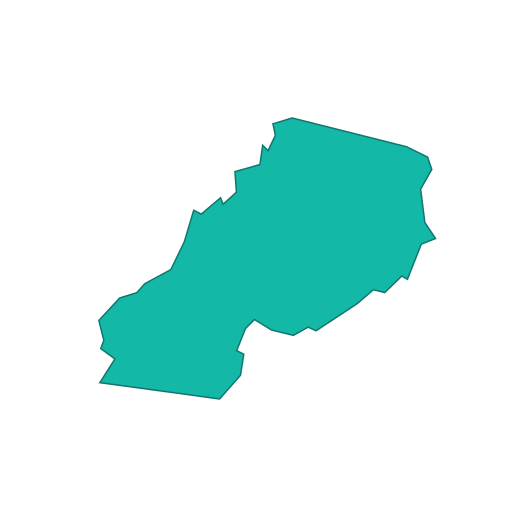 the district of Calhoun, West Virginia, United States of America, rotated 61°
{"feature_id": "52423323B5856421301049", "entity_name": "Calhoun", "entity_type": "district", "adm_level": 2, "iso_a3": "USA", "parent_name": "United States of America", "parent_adm1": "West Virginia", "projection": "natural_earth1", "projection_center": [-81.116, 38.829], "detail": "fine", "context": "isolated", "style": "filled", "palette": "teal", "viewbox_px": 512, "rotation_deg": 61, "n_neighbors": 0, "source": "geoboundaries", "source_scale": "gbopen_adm2", "svg_char_len": 715}
<svg xmlns="http://www.w3.org/2000/svg" viewBox="0 0 512 512"><g transform="rotate(61 256 256)"><path d="M327.7,90.5L308.6,92.1L277.3,79.6L265.5,60.3L252.7,58.0L233.5,71.3L152.8,157.5L148.6,177.1L159.9,180.6L169.7,194.4L162.4,196.5L177.9,208.2L172.0,233.5L190.7,242.2L194.8,259.7L187.9,258.8L192.8,283.6L185.8,288.3L208.9,311.9L226.6,337.1L226.3,366.7L230.3,378.0L226.6,395.5L236.2,424.7L256.0,430.0L261.7,436.7L277.6,429.3L291.1,454.0L329.2,402.9L363.4,357.2L352.8,327.4L336.0,314.3L329.4,318.8L314.4,300.4L310.8,288.2L328.3,278.3L343.5,261.8L343.5,244.9L350.5,239.7L346.7,190.4L342.4,169.7L350.4,161.1L344.2,138.2L349.8,134.9L325.8,105.7L327.7,90.5Z" fill="#14b8a6" stroke="#0f766e" stroke-width="1.5"/></g></svg>